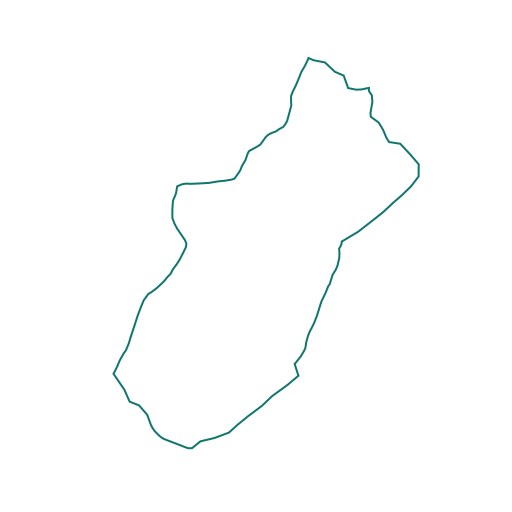 Dzoma, Punakha, Bhutan (Natural Earth projection), rotated 36°
{"feature_id": "84629894B97305398598213", "entity_name": "Dzoma", "entity_type": "district", "adm_level": 2, "iso_a3": "BTN", "parent_name": "Bhutan", "parent_adm1": "Punakha", "projection": "natural_earth1", "projection_center": [89.884, 27.582], "detail": "fine", "context": "isolated", "style": "outline", "palette": "teal", "viewbox_px": 512, "rotation_deg": 36, "n_neighbors": 0, "source": "geoboundaries", "source_scale": "gbopen_adm2", "svg_char_len": 2069}
<svg xmlns="http://www.w3.org/2000/svg" viewBox="0 0 512 512"><g transform="rotate(36 256 256)"><path d="M151.3,246.0L154.5,252.4L156.4,260.2L160.9,267.4L166.0,274.4L171.3,277.9L176.4,280.3L182.8,282.6L189.4,285.0L192.5,287.0L194.1,290.1L195.4,297.5L196.4,304.1L196.7,308.9L196.6,315.6L197.4,320.9L196.7,325.1L196.5,330.0L195.5,335.6L194.5,340.6L192.6,346.8L191.2,349.8L191.2,357.7L193.1,365.7L195.4,374.0L198.0,381.9L201.5,392.9L204.5,401.7L206.2,408.7L206.2,412.7L207.2,420.8L208.8,427.6L210.0,435.1L228.0,441.5L239.4,448.1L249.2,445.6L261.3,448.4L270.4,454.5L273.4,456.0L276.9,457.2L282.1,458.1L284.1,458.3L287.2,458.4L290.3,457.8L310.2,452.5L313.9,451.5L317.2,449.1L320.0,438.6L329.4,427.6L337.9,414.8L340.4,402.9L343.8,390.1L348.9,373.6L351.4,359.9L357.3,341.6L360.7,327.9L359.0,326.7L350.7,320.6L350.9,318.8L351.1,313.6L351.2,310.5L350.9,307.3L350.7,304.9L350.2,301.9L349.4,300.2L347.1,295.7L346.5,294.0L345.2,290.5L344.4,287.7L343.7,284.4L343.4,281.9L343.1,280.0L342.4,276.0L340.6,269.2L339.0,264.3L338.0,261.4L336.9,258.1L335.6,254.1L334.0,245.2L332.2,237.9L332.2,235.5L329.0,226.1L328.6,220.2L327.7,216.2L326.8,214.0L324.4,208.4L321.3,203.9L319.0,201.4L318.5,197.5L317.9,195.6L316.9,193.9L324.3,176.5L330.0,156.9L333.2,145.2L335.7,132.2L338.3,120.9L340.5,108.5L340.8,96.1L337.8,91.9L333.8,86.2L320.7,83.1L306.7,80.4L296.7,85.6L291.8,83.6L284.8,79.3L276.8,75.9L267.0,75.9L264.5,72.9L259.5,62.8L255.2,57.9L250.3,56.1L248.5,53.6L243.5,59.2L239.2,62.6L231.8,66.0L220.9,58.5L211.6,60.6L197.9,58.9L187.7,63.7L182.1,65.0L182.7,67.2L183.8,73.3L184.5,80.5L185.8,85.4L187.9,94.2L189.1,101.4L190.3,105.9L193.8,110.7L196.0,113.3L198.5,119.7L200.0,123.7L201.8,128.4L202.3,132.4L202.1,135.6L200.1,139.9L198.8,143.7L196.7,146.7L194.8,150.3L194.0,153.7L194.0,159.2L194.0,163.3L192.7,166.7L191.1,170.2L189.5,173.3L188.7,175.4L189.1,178.1L191.0,184.3L191.8,191.7L192.9,196.0L193.1,200.2L193.1,204.2L193.1,206.1L191.2,208.7L187.0,213.0L181.6,217.8L174.9,224.6L167.3,230.8L160.9,235.9L156.8,238.6L153.8,241.7L151.3,246.0Z" fill="none" stroke="#0f766e" stroke-width="2"/></g></svg>